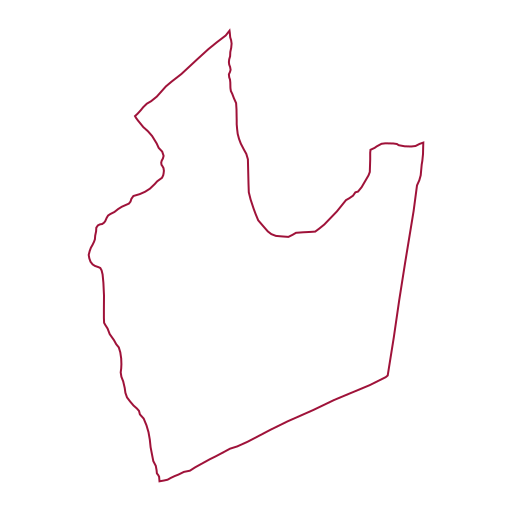 Lopè, Ogooué-Ivindo, Gabon (Equal Earth projection)
{"feature_id": "22940354B97125723234680", "entity_name": "Lopè", "entity_type": "district", "adm_level": 2, "iso_a3": "GAB", "parent_name": "Gabon", "parent_adm1": "Ogooué-Ivindo", "projection": "equal_earth", "projection_center": [11.763, -0.029], "detail": "fine", "context": "isolated", "style": "outline", "palette": "rose", "viewbox_px": 512, "rotation_deg": 0, "n_neighbors": 0, "source": "geoboundaries", "source_scale": "gbopen_adm2", "svg_char_len": 2779}
<svg xmlns="http://www.w3.org/2000/svg" viewBox="0 0 512 512"><path d="M163.6,155.9L162.9,158.5L161.7,160.7L161.2,162.7L161.5,164.8L162.4,166.1L163.5,168.1L163.9,170.8L163.6,173.3L163.2,175.3L162.0,177.8L157.2,181.3L154.7,184.1L149.9,188.7L145.0,191.8L139.8,194.1L133.4,196.0L131.4,198.8L130.5,201.6L128.9,203.6L121.9,206.7L118.2,209.0L114.4,212.0L110.4,214.0L108.1,215.5L106.7,217.8L105.2,221.2L104.0,222.7L102.2,224.0L99.9,224.4L97.9,225.4L96.3,227.7L96.1,231.3L95.2,235.6L94.9,239.3L94.0,241.8L92.5,244.9L90.9,247.7L89.7,251.0L88.7,254.9L89.3,258.3L90.5,261.7L92.6,264.4L94.9,265.9L98.6,267.2L100.3,268.0L101.6,270.4L102.6,274.5L103.4,282.9L104.0,295.6L103.9,309.8L103.9,318.0L104.1,322.8L105.2,324.8L107.6,328.6L109.7,334.1L114.0,340.2L116.2,344.2L118.8,347.4L120.3,352.4L121.2,358.6L121.4,364.2L121.2,368.4L120.7,372.4L121.4,376.8L123.2,381.4L124.7,387.9L125.4,392.8L127.0,397.4L130.2,401.6L133.5,405.5L136.9,408.5L139.0,410.9L139.9,414.4L143.7,418.6L146.5,425.4L148.5,432.2L149.8,439.6L150.6,447.2L152.0,454.5L153.3,461.1L155.8,465.9L156.6,470.4L156.9,473.4L158.1,474.9L159.1,476.7L159.5,481.3L164.0,480.5L167.6,479.7L170.8,477.9L174.6,476.1L178.4,474.6L183.9,471.9L189.9,470.7L195.2,467.3L200.8,464.2L209.9,459.2L215.6,456.4L223.7,452.1L230.0,448.7L237.6,446.3L237.9,446.1L247.7,441.7L270.8,429.6L287.7,421.3L313.3,410.0L334.1,400.0L348.2,394.1L369.6,385.2L385.8,377.1L387.7,375.5L393.8,337.4L399.2,300.3L405.0,263.5L413.6,211.1L417.0,185.4L419.3,180.3L420.7,175.3L421.7,164.6L422.3,161.0L423.0,154.2L423.2,145.8L423.3,142.6L419.6,143.9L415.5,146.0L411.2,146.5L404.7,146.3L398.7,145.2L396.9,144.0L393.4,143.5L385.4,143.3L381.5,143.8L376.7,146.4L374.6,147.9L370.5,149.8L370.2,152.7L370.2,159.5L369.8,172.0L368.5,175.4L361.6,187.2L358.0,191.6L355.4,192.3L353.0,195.7L349.2,198.3L346.0,200.1L336.9,211.4L324.3,224.5L319.1,228.7L315.2,231.6L310.7,231.9L302.9,232.3L296.0,232.8L292.6,234.8L288.4,236.9L281.7,236.4L275.9,235.9L271.3,234.1L267.8,231.4L263.0,225.9L258.2,220.3L255.6,214.0L253.6,208.6L250.6,199.5L248.8,192.3L248.5,183.7L247.9,159.3L246.3,153.9L243.8,149.4L240.8,143.6L239.0,138.8L237.7,133.9L237.1,128.9L236.7,124.3L236.7,120.7L236.6,116.0L236.5,109.4L236.1,103.1L233.9,98.2L232.2,93.7L230.9,91.1L230.5,88.6L230.4,87.3L230.3,82.5L230.0,79.6L229.2,77.3L228.9,74.3L230.0,71.9L230.6,69.8L230.1,67.0L229.2,64.6L228.9,62.1L229.2,59.3L230.1,56.3L230.3,52.0L231.2,47.8L231.6,43.6L231.1,40.2L230.2,37.3L229.8,32.9L229.5,30.7L225.7,35.5L222.3,38.1L216.8,42.3L208.3,49.2L197.0,59.5L181.4,74.0L171.6,81.6L165.9,86.4L156.8,96.6L151.1,101.2L146.8,103.7L143.3,107.1L140.7,110.3L137.4,113.9L135.0,116.1L136.1,118.0L138.1,120.7L143.3,127.1L148.0,131.3L152.1,136.0L156.7,143.5L158.7,147.9L162.2,151.6L163.2,154.6L163.6,155.9Z" fill="none" stroke="#9f1239" stroke-width="2"/></svg>